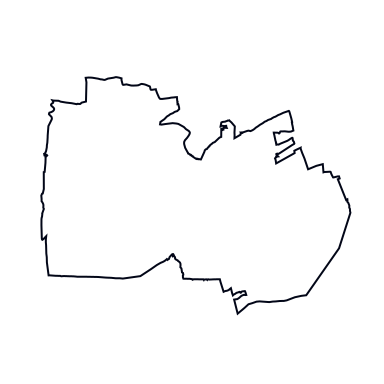 the district of Horgesti, Bacau, Romania, rotated 263°
{"feature_id": "2599482B43422893509109", "entity_name": "Horgesti", "entity_type": "district", "adm_level": 2, "iso_a3": "ROU", "parent_name": "Romania", "parent_adm1": "Bacau", "projection": "equal_earth", "projection_center": [27.07, 46.402], "detail": "fine", "context": "isolated", "style": "outline", "palette": "ink", "viewbox_px": 384, "rotation_deg": 263, "n_neighbors": 0, "source": "geoboundaries", "source_scale": "gbopen_adm2", "svg_char_len": 6017}
<svg xmlns="http://www.w3.org/2000/svg" viewBox="0 0 384 384"><g transform="rotate(263 192 192)"><path d="M152.1,346.7L153.9,346.5L155.9,346.7L157.4,346.2L159.4,346.5L162.2,345.8L163.5,344.9L164.8,345.3L165.8,345.3L165.3,344.0L186.9,338.3L187.4,340.2L189.6,339.8L189.7,338.4L189.2,334.2L189.3,333.8L192.5,332.6L195.1,332.0L195.3,331.6L195.7,325.8L195.5,324.9L203.7,325.2L202.8,318.6L200.4,310.0L211.6,307.7L217.4,306.1L220.9,305.3L222.3,305.1L222.7,305.2L221.6,301.8L220.5,298.6L218.1,298.6L210.1,279.0L213.6,278.9L215.3,278.5L215.6,278.8L216.3,280.0L216.8,279.8L217.1,280.0L217.4,281.0L216.8,281.4L216.8,281.8L217.9,281.0L218.6,281.2L219.0,280.8L219.1,280.3L219.4,280.3L219.7,281.1L219.7,281.4L219.1,282.0L220.1,284.3L226.5,297.3L227.2,299.1L227.6,299.5L229.6,299.2L230.7,298.4L233.2,298.4L233.5,298.3L233.6,298.0L232.9,296.3L231.8,294.3L231.2,292.9L229.1,285.3L228.7,284.4L228.5,283.7L228.8,283.1L228.6,281.5L230.7,281.3L231.0,281.5L231.4,281.4L232.7,281.1L238.8,280.6L240.0,280.4L241.0,280.4L240.4,284.3L240.2,284.8L239.5,285.4L239.5,285.8L239.8,286.1L241.1,286.9L241.3,287.1L241.3,287.5L240.9,291.6L240.0,295.4L239.9,297.5L240.6,300.1L245.1,299.9L247.6,299.6L248.4,299.9L248.8,299.6L249.3,299.6L249.6,299.9L253.2,299.5L259.5,298.5L260.4,298.3L260.7,298.0L259.5,292.3L258.3,288.7L257.9,287.0L256.6,284.0L256.3,282.5L255.5,280.5L254.9,279.5L254.2,276.2L253.4,274.6L252.9,272.7L251.7,270.7L250.4,267.6L249.2,265.5L248.1,263.2L246.9,261.5L246.0,259.7L245.3,257.5L246.0,255.6L245.9,254.3L245.0,250.0L245.1,247.9L244.3,248.5L244.0,247.4L242.9,247.0L240.2,240.7L243.3,241.2L245.9,241.4L251.9,242.5L256.3,239.6L257.6,238.4L258.6,237.7L258.4,237.1L258.6,236.3L258.2,235.3L258.1,234.4L257.8,233.6L257.8,230.7L257.4,229.6L253.8,228.4L254.1,229.5L253.9,230.8L253.5,231.9L253.5,234.0L252.5,234.0L251.4,234.3L251.7,232.7L251.8,231.1L250.2,230.8L250.5,229.7L249.8,229.6L249.9,229.0L251.2,229.2L251.3,228.8L243.1,227.7L242.8,226.4L242.5,225.7L238.8,220.7L238.2,218.6L237.6,217.9L236.4,215.8L235.7,215.1L235.3,214.9L235.2,214.3L235.0,214.1L234.4,213.8L234.0,213.0L233.0,212.2L232.8,211.9L232.7,210.9L232.4,210.5L231.8,209.8L230.4,209.2L223.2,204.8L223.4,204.0L223.8,203.1L223.8,202.8L223.7,202.6L223.8,202.3L224.1,202.1L224.2,201.9L224.0,201.5L224.1,201.3L224.5,200.9L224.2,200.5L224.4,200.1L227.0,197.1L227.3,197.2L227.5,197.0L227.5,196.7L227.9,196.1L228.4,196.0L228.9,195.6L228.8,194.9L229.8,194.4L230.0,193.9L230.4,193.4L230.5,193.0L230.8,192.8L231.4,192.8L232.1,192.4L236.7,190.6L240.2,190.1L241.5,190.1L242.8,190.4L244.2,191.3L246.4,193.8L248.5,195.7L249.6,196.5L250.7,197.0L251.2,197.1L252.2,196.8L253.0,196.2L255.2,193.6L257.1,192.2L257.7,191.6L260.7,187.5L261.2,186.8L261.5,186.0L261.9,184.7L262.7,181.2L262.7,173.9L262.6,169.9L263.0,168.5L265.4,169.2L265.6,169.7L265.9,170.1L267.6,173.4L269.9,176.2L270.4,177.1L270.7,178.0L271.9,180.0L272.6,182.7L273.6,184.5L273.9,185.9L274.1,187.2L275.8,189.4L277.5,189.5L280.7,189.1L280.8,188.4L281.4,188.6L281.5,188.4L282.8,188.4L283.1,188.7L283.7,188.7L284.1,188.4L288.0,188.6L288.1,186.8L288.1,185.3L288.2,182.8L288.0,180.6L288.0,174.1L288.2,172.2L288.4,171.7L288.6,171.4L290.0,170.7L294.3,169.4L297.3,168.7L298.4,168.6L298.3,164.6L298.4,163.8L298.7,163.5L299.3,163.3L301.1,163.2L301.9,163.0L304.2,158.9L304.8,157.4L305.4,155.3L305.4,154.7L304.5,151.8L304.5,150.0L304.8,146.5L305.1,144.6L306.8,140.1L306.7,136.9L306.9,136.5L307.5,136.2L311.4,135.7L312.2,135.7L313.4,135.9L314.4,133.5L315.1,131.3L315.3,130.4L315.0,128.1L314.8,122.4L314.0,119.6L313.9,119.0L314.0,118.3L314.7,116.4L315.0,114.9L315.9,112.7L317.5,107.3L317.9,105.4L318.2,103.3L318.3,100.4L313.8,100.6L294.7,97.8L294.2,93.8L294.1,93.3L293.2,92.1L293.0,91.6L293.5,88.9L293.2,88.3L294.8,83.4L296.1,78.0L297.7,72.6L298.8,70.7L299.6,65.7L300.0,64.6L298.4,65.3L297.9,65.2L297.5,65.0L297.1,64.4L296.9,63.7L296.6,63.3L295.8,62.7L295.4,62.7L294.8,62.9L292.5,64.9L291.8,65.2L291.2,65.3L290.5,65.1L289.8,64.6L289.1,63.7L288.5,62.2L288.1,60.1L287.1,59.6L286.7,59.5L286.3,59.7L283.7,61.7L282.4,61.9L281.6,61.8L280.8,61.4L274.9,57.5L265.4,55.6L263.9,55.4L258.5,54.4L256.2,53.7L253.9,53.3L250.3,52.1L249.7,51.8L249.2,51.3L248.9,51.3L248.1,50.7L247.9,49.9L246.5,50.0L246.7,52.2L245.9,52.7L244.9,51.5L244.9,50.8L243.4,50.8L238.8,50.1L229.9,48.2L229.8,47.3L213.0,45.3L208.7,43.7L208.6,43.0L206.8,42.0L203.7,41.9L201.1,41.6L199.9,42.3L198.0,42.9L196.9,42.9L194.5,42.5L193.3,42.9L188.9,40.7L188.6,40.8L185.6,40.1L185.2,39.8L183.5,39.3L177.3,38.5L164.5,37.3L163.5,37.3L163.0,37.4L162.8,37.6L163.3,38.7L165.9,41.9L162.9,41.2L159.9,40.8L157.0,40.7L148.6,39.9L145.0,39.9L139.8,39.4L126.7,39.5L126.6,40.7L125.4,46.7L124.9,50.4L124.8,51.0L124.3,51.9L124.2,54.5L123.3,60.1L122.8,63.7L122.3,66.1L121.8,68.2L120.7,77.2L119.1,88.4L117.5,96.3L116.7,101.2L115.7,105.7L115.2,109.7L114.5,112.8L114.8,130.5L120.6,142.2L123.8,148.2L125.5,152.2L126.2,154.7L126.9,156.4L127.9,158.1L128.5,158.9L127.7,159.5L127.9,159.7L128.3,160.9L130.2,161.9L132.5,164.5L132.7,165.1L132.6,165.8L131.6,166.2L130.9,165.2L130.5,165.2L130.6,165.7L130.2,166.7L129.3,167.2L128.0,167.1L127.2,167.5L125.8,169.5L125.4,169.6L124.5,170.6L123.4,171.5L122.2,171.8L120.9,171.7L118.7,171.3L117.4,172.2L113.4,172.3L112.7,173.2L110.9,173.3L110.4,172.8L108.3,172.6L107.0,172.9L106.1,179.2L105.4,181.6L105.0,181.7L104.8,181.9L105.2,183.0L104.0,192.0L103.9,192.7L103.3,193.0L103.6,193.2L103.6,194.5L103.5,195.9L102.9,196.4L103.3,196.7L103.3,197.8L103.0,198.3L102.6,203.6L102.0,209.0L99.4,209.3L89.1,211.2L89.6,212.7L89.7,213.3L89.7,214.5L90.2,216.5L90.9,217.4L91.8,218.9L86.7,219.5L84.4,220.0L85.1,220.9L85.7,222.5L86.5,223.9L86.6,224.5L86.6,224.9L87.1,227.0L87.0,227.3L86.1,227.8L86.1,228.2L86.3,228.5L86.8,228.7L87.1,229.3L87.2,230.0L87.2,232.4L86.1,232.8L83.2,233.3L83.2,232.5L83.6,231.0L83.4,230.0L82.9,228.4L81.1,225.8L80.2,224.0L80.1,220.7L65.7,222.5L70.3,229.6L73.7,234.4L74.3,238.1L75.3,242.7L75.2,245.7L73.3,255.3L73.4,258.8L73.2,261.4L73.1,265.9L72.7,270.0L72.9,272.8L75.0,281.3L75.6,287.9L75.6,292.8L118.2,331.1L152.1,346.7Z" fill="none" stroke="#020617" stroke-width="2"/></g></svg>